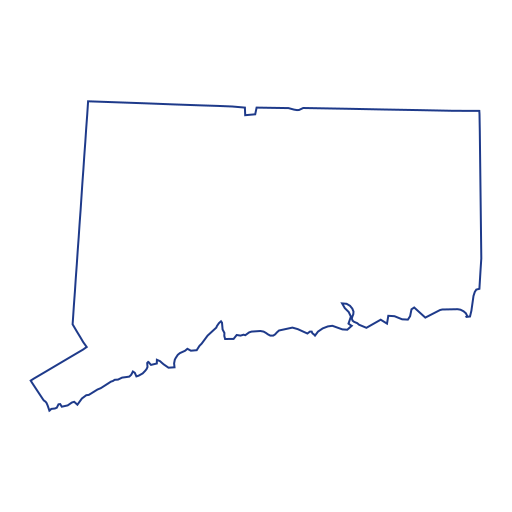 SVG path tracing the border of Connecticut
{"feature_id": "USA-3537", "entity_name": "Connecticut", "entity_type": "State", "adm_level": 1, "iso_a3": "USA", "parent_name": "United States of America", "parent_adm1": "", "projection": "natural_earth1", "projection_center": [-72.846, 41.528], "detail": "fine", "context": "isolated", "style": "outline", "palette": "blue", "viewbox_px": 512, "rotation_deg": 0, "n_neighbors": 0, "source": "natural_earth", "source_scale": "10m", "svg_char_len": 2605}
<svg xmlns="http://www.w3.org/2000/svg" viewBox="0 0 512 512"><path d="M49.7,410.5L49.4,410.7L48.3,407.4L47.6,405.4L46.5,402.9L45.7,401.9L45.2,401.4L44.1,400.7L43.3,399.8L37.6,391.2L32.0,382.7L30.7,380.6L34.0,378.5L44.4,372.4L57.4,364.7L71.6,356.3L83.0,349.6L86.7,347.0L83.2,342.1L80.2,337.0L76.9,331.6L72.6,324.3L73.0,318.7L73.9,305.2L74.9,291.6L75.8,278.0L76.8,264.3L77.7,250.8L78.7,237.2L79.6,223.6L80.6,210.0L81.5,196.4L82.4,182.8L83.4,169.2L84.3,155.6L85.3,142.0L86.2,128.4L87.2,114.9L88.1,101.3L116.5,102.3L144.9,103.3L173.3,104.4L201.6,105.4L217.4,105.9L232.3,106.5L244.9,107.6L245.2,115.2L255.2,114.3L256.6,107.6L288.5,108.1L294.0,109.6L297.0,110.1L299.0,110.0L303.2,108.0L315.0,108.2L349.5,108.8L383.9,109.5L418.3,110.1L452.7,110.8L479.3,110.9L479.5,114.1L479.8,131.0L480.0,148.0L480.2,164.9L480.4,181.9L480.6,198.8L480.8,215.8L481.0,232.7L481.2,249.7L481.3,258.5L480.5,270.7L479.4,288.8L476.3,289.6L474.8,291.9L473.5,295.9L471.4,310.7L470.0,316.5L466.5,316.9L466.4,316.8L467.3,316.2L465.9,313.3L463.6,311.3L460.5,309.7L457.6,309.2L442.3,309.5L440.1,310.0L425.3,317.6L414.2,307.5L411.5,309.3L410.1,316.2L407.9,319.6L402.1,319.3L394.5,316.2L388.3,315.8L387.0,323.6L380.7,319.7L366.4,327.8L359.0,324.7L357.3,323.2L354.0,321.8L352.6,320.7L351.8,318.5L352.4,316.5L353.3,314.2L353.5,311.6L352.3,308.6L350.0,305.8L346.6,303.8L342.1,303.4L344.8,308.1L348.7,312.0L350.9,316.6L348.5,323.6L350.8,325.3L351.7,325.8L347.3,329.7L342.4,329.4L332.4,325.8L327.9,326.4L322.7,328.4L318.0,331.6L315.0,335.6L313.8,334.3L312.9,333.7L312.3,333.1L311.7,331.6L309.9,331.6L307.4,333.5L297.7,329.1L292.4,327.6L279.0,330.5L276.9,332.4L275.1,334.4L273.2,335.6L270.3,335.6L268.0,334.4L265.9,332.9L263.6,331.6L260.4,331.0L251.5,331.6L249.1,332.4L245.3,335.2L243.6,334.7L240.5,335.6L236.7,335.0L233.6,338.9L225.1,339.0L224.3,335.9L224.4,332.9L222.6,329.5L222.0,322.7L221.0,321.3L218.9,323.2L216.9,326.1L216.3,327.6L207.6,335.6L201.6,343.7L199.5,345.8L196.7,350.2L190.9,350.7L187.4,348.8L185.0,350.8L179.9,353.1L177.8,354.8L175.7,358.0L174.8,359.7L174.1,363.4L174.5,367.3L168.5,367.7L163.6,364.3L161.5,362.5L160.1,361.2L156.9,359.8L156.8,363.5L151.0,364.9L149.4,363.1L148.7,362.2L148.2,361.9L147.2,363.0L147.5,367.0L146.6,369.0L145.2,370.8L142.7,373.4L138.6,375.7L136.4,376.4L134.8,372.8L132.9,371.5L131.2,374.8L129.3,376.6L126.0,377.1L122.1,377.6L118.0,379.6L114.7,379.8L112.9,381.0L111.0,381.6L100.7,388.2L97.5,389.5L88.8,394.9L86.3,395.2L81.9,398.5L77.4,404.7L74.2,401.8L71.9,402.5L67.7,405.4L61.8,406.7L60.2,404.1L58.5,404.3L56.8,407.7L54.9,408.5L51.3,408.9L49.7,410.5Z" fill="none" stroke="#1e3a8a" stroke-width="2"/></svg>